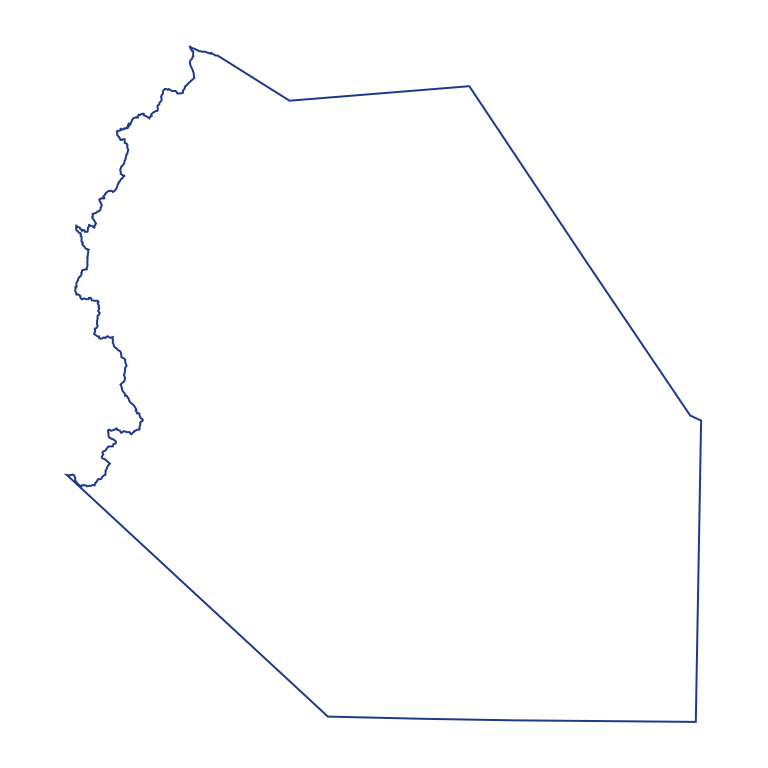 outline of Río Chico, Santa Cruz, Argentina
{"feature_id": "61730980B6428657658770", "entity_name": "Río Chico", "entity_type": "district", "adm_level": 2, "iso_a3": "ARG", "parent_name": "Argentina", "parent_adm1": "Santa Cruz", "projection": "mercator", "projection_center": [-72.329, -48.204], "detail": "fine", "context": "isolated", "style": "outline", "palette": "blue", "viewbox_px": 768, "rotation_deg": 0, "n_neighbors": 0, "source": "geoboundaries", "source_scale": "gbopen_adm2", "svg_char_len": 5896}
<svg xmlns="http://www.w3.org/2000/svg" viewBox="0 0 768 768"><path d="M217.7,55.6L215.0,55.4L214.5,54.7L212.6,54.0L211.2,52.8L210.9,52.9L211.2,53.5L210.1,53.6L204.8,51.7L202.6,51.7L199.1,51.1L194.3,48.7L191.8,48.0L189.4,46.1L190.5,48.4L191.4,49.3L191.8,50.8L193.0,51.1L193.3,52.4L193.1,55.2L193.4,56.3L192.4,57.3L192.3,58.3L191.9,59.0L190.6,60.0L189.8,62.2L190.7,66.2L192.1,68.8L193.5,72.6L194.3,77.9L187.0,84.6L186.4,85.6L185.4,86.0L185.0,87.3L184.6,87.7L184.4,89.2L183.6,89.7L182.9,90.6L183.1,92.6L181.4,93.3L177.8,93.5L177.1,93.3L176.8,92.8L176.5,91.8L175.5,91.0L172.0,91.0L168.9,89.1L167.9,89.9L166.4,89.0L164.8,88.9L163.2,90.9L163.0,91.7L162.9,93.7L162.1,94.5L161.1,96.6L161.6,98.9L161.5,100.6L159.6,102.6L159.3,103.5L159.4,104.2L159.0,104.7L157.6,105.5L157.6,107.5L157.9,108.5L157.4,110.8L155.4,111.2L153.1,112.6L151.5,114.1L151.1,115.2L151.6,115.8L151.1,116.0L150.6,116.8L149.6,117.2L149.3,118.3L146.7,116.4L143.6,115.1L143.5,114.8L143.8,113.9L143.3,113.7L141.7,113.8L139.7,115.2L138.8,114.7L137.8,116.2L137.8,117.6L136.9,117.7L136.1,117.3L133.5,118.1L132.2,119.9L130.8,123.2L130.4,123.6L129.2,123.4L128.2,124.3L128.0,125.2L128.5,124.8L129.7,125.0L128.7,126.1L127.8,128.0L127.1,128.3L126.2,127.8L124.9,128.9L124.1,128.4L122.9,129.5L122.1,129.5L121.1,128.7L120.5,129.2L120.6,130.3L118.9,130.9L117.4,130.9L117.1,131.3L116.8,131.7L117.3,133.2L117.1,134.2L117.4,135.4L119.2,137.1L119.2,137.6L120.0,138.6L120.3,139.8L120.9,140.0L121.4,139.6L121.9,139.9L123.1,139.2L124.6,139.2L124.8,143.0L126.5,143.5L126.9,144.1L126.9,144.6L127.5,145.2L127.2,147.1L127.4,148.0L128.3,149.7L127.8,151.1L127.3,153.8L126.6,154.3L126.3,155.0L126.3,156.1L125.8,156.8L125.7,158.5L125.3,159.8L124.5,161.1L124.2,163.2L122.6,165.6L121.3,166.5L121.0,168.1L120.3,169.5L120.2,170.2L120.8,172.0L120.7,173.8L122.6,175.3L124.1,175.5L124.3,175.9L123.6,176.3L123.1,177.5L120.6,179.6L120.2,180.9L118.4,182.6L118.6,183.5L117.8,184.5L116.4,188.7L114.4,191.0L113.0,192.0L111.7,190.7L109.6,191.1L108.5,190.9L105.4,193.5L105.5,194.0L105.0,194.8L103.4,196.3L104.4,198.2L104.3,198.4L104.0,198.6L102.3,198.1L101.3,198.7L100.8,198.5L99.3,199.5L99.6,200.1L99.7,201.3L100.6,202.0L100.8,203.2L101.8,205.0L101.4,206.6L100.6,207.4L100.7,208.7L100.0,210.4L97.6,211.6L95.9,212.9L92.6,214.0L92.9,215.5L92.7,216.4L92.2,216.8L92.2,217.4L92.5,218.0L93.2,218.6L93.4,219.6L94.5,220.9L95.1,222.3L96.0,223.4L95.5,223.9L95.4,224.9L94.5,225.5L94.4,226.2L94.6,227.0L94.4,227.6L91.8,226.0L90.8,225.9L89.1,224.9L88.9,225.1L88.7,227.1L88.0,227.7L87.8,228.3L88.0,229.4L87.5,231.7L85.0,231.9L84.5,231.1L84.5,230.4L82.7,230.0L82.0,230.8L81.0,229.3L80.2,228.6L79.7,227.5L77.0,227.0L76.7,225.9L76.3,225.7L76.1,228.2L76.5,230.3L77.9,231.4L78.6,232.6L80.3,233.0L80.9,234.6L80.5,235.3L80.7,236.1L81.3,236.3L81.6,237.1L81.5,241.4L81.9,242.0L82.5,242.2L82.7,242.8L82.7,243.3L82.3,243.9L82.4,244.6L84.0,246.0L84.6,246.9L84.7,247.5L85.9,248.6L88.1,249.9L88.2,249.5L88.7,249.8L88.1,250.8L88.2,252.3L87.6,256.6L87.2,257.3L87.7,258.0L87.4,258.9L87.5,259.7L87.3,262.7L87.5,265.1L87.1,267.2L86.6,268.2L86.7,269.2L85.8,269.1L85.2,269.6L83.1,269.9L82.0,270.6L82.0,271.8L81.3,272.8L81.6,274.2L80.5,276.3L79.7,276.6L79.0,277.4L78.1,279.2L78.0,280.3L76.5,282.6L76.3,284.4L76.5,286.8L75.4,287.1L75.6,288.4L75.2,290.6L75.4,291.6L76.0,292.4L76.5,294.6L76.8,294.7L77.5,294.2L79.2,295.0L80.4,296.2L80.2,296.5L80.2,297.0L80.7,298.3L82.0,299.4L83.2,298.5L84.6,298.6L86.2,299.2L88.6,299.1L88.8,298.9L88.9,297.9L90.6,297.8L91.1,298.3L91.8,300.3L95.2,300.9L96.8,300.6L97.8,300.9L98.1,301.4L98.5,302.2L97.6,302.9L98.2,304.5L98.9,305.3L98.7,307.2L99.3,308.0L98.2,311.1L98.9,312.1L99.6,312.6L99.7,313.3L99.2,314.0L99.1,314.7L97.8,315.5L97.5,316.1L97.4,317.3L97.7,318.6L97.0,321.3L97.1,322.9L96.9,324.0L97.6,325.4L97.5,326.3L96.2,328.1L94.8,328.8L94.7,329.7L95.1,330.7L95.1,331.9L94.5,332.8L94.1,334.0L97.3,336.3L99.0,336.5L99.1,338.1L100.3,338.6L102.2,338.5L102.7,337.9L103.8,337.5L104.4,337.5L105.1,338.1L107.5,336.2L109.2,337.3L110.7,337.7L112.8,337.1L112.5,338.7L113.0,340.2L112.7,342.4L113.6,344.3L114.0,346.3L115.0,347.5L116.7,348.4L117.8,350.0L120.2,351.3L121.1,353.0L121.0,354.1L121.4,355.6L121.4,357.1L123.6,358.2L125.0,359.3L125.2,359.9L125.0,361.1L125.5,362.8L126.5,365.6L126.5,366.0L125.4,367.3L125.3,368.1L124.9,368.9L125.2,369.9L124.7,371.9L124.6,373.6L123.9,374.9L125.0,377.6L124.7,379.9L124.1,381.6L122.4,382.7L120.5,384.7L121.0,385.1L121.5,387.2L122.0,387.9L121.9,388.9L122.6,390.9L124.7,393.6L125.2,395.8L126.5,395.6L127.3,396.5L127.6,397.6L128.5,398.2L129.1,400.5L130.1,402.2L134.1,405.7L136.2,409.3L136.4,410.0L135.7,410.7L136.7,412.0L137.0,413.4L137.4,413.5L138.5,413.1L139.3,413.6L139.7,416.0L140.6,417.9L142.3,419.0L142.8,420.1L142.7,420.5L142.3,421.0L140.8,421.6L140.5,422.7L140.1,423.2L140.3,423.7L140.3,424.8L139.6,426.4L139.5,429.4L138.9,429.7L137.8,429.5L134.9,431.0L134.4,430.9L133.8,431.9L131.3,434.2L130.5,433.8L130.1,432.6L129.5,432.1L126.7,432.1L124.3,431.2L122.6,431.7L121.7,432.9L121.3,432.9L119.7,430.5L117.4,429.9L116.9,428.6L116.6,428.4L115.9,428.5L115.0,429.5L111.3,430.7L110.7,430.7L109.1,429.6L108.3,430.0L108.1,430.4L108.1,432.1L108.5,433.1L108.4,435.4L109.1,437.2L109.6,437.8L110.1,437.9L111.2,438.7L113.3,439.3L115.6,441.3L116.0,441.9L115.6,443.5L113.4,444.2L112.8,446.4L108.3,446.5L105.8,449.8L105.6,450.6L103.4,451.3L102.5,452.3L102.5,453.1L103.2,454.3L102.2,456.0L101.8,457.3L101.9,457.9L103.0,458.6L104.7,459.0L109.9,463.7L108.2,465.3L106.0,470.3L105.6,470.6L105.4,474.9L104.2,475.2L103.4,475.8L101.8,477.5L101.5,478.4L100.8,479.2L98.1,479.1L96.6,481.9L95.3,482.9L95.3,483.8L94.6,485.4L92.7,485.0L91.5,485.6L87.0,486.3L85.9,485.3L84.4,485.5L83.1,484.9L81.9,485.7L81.0,486.9L80.7,486.1L77.7,483.8L75.1,480.2L75.2,477.3L74.5,476.6L74.0,475.2L72.9,474.6L69.4,475.4L66.9,475.0L327.9,716.6L423.4,718.8L511.5,720.3L695.8,721.9L701.1,420.6L690.2,415.5L585.6,260.7L469.3,86.2L289.5,100.7L217.7,55.6Z" fill="none" stroke="#1e3a8a" stroke-width="2"/></svg>